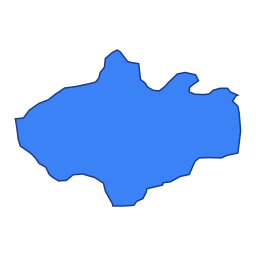 Halmstad, Halland, Sweden
{"feature_id": "70781695B21714207094800", "entity_name": "Halmstad", "entity_type": "district", "adm_level": 2, "iso_a3": "SWE", "parent_name": "Sweden", "parent_adm1": "Halland", "projection": "natural_earth1", "projection_center": [13.027, 56.773], "detail": "fine", "context": "isolated", "style": "filled", "palette": "blue", "viewbox_px": 256, "rotation_deg": 0, "n_neighbors": 0, "source": "geoboundaries", "source_scale": "gbopen_adm2", "svg_char_len": 1109}
<svg xmlns="http://www.w3.org/2000/svg" viewBox="0 0 256 256"><path d="M117.1,50.0L112.4,52.5L105.4,58.4L104.4,67.3L100.2,72.5L98.8,78.1L95.5,82.1L89.5,83.7L75.0,86.7L64.7,88.0L55.8,93.9L48.3,99.8L38.9,103.5L29.5,110.0L23.4,118.0L15.4,118.8L16.9,128.2L18.2,138.9L20.2,145.9L30.8,153.3L35.4,158.0L39.3,163.6L45.9,167.3L49.2,174.4L52.5,177.2L58.5,180.9L66.4,180.4L73.0,174.8L82.3,173.9L94.9,177.6L103.5,183.2L105.4,191.2L112.7,204.3L112.9,206.0L122.6,206.0L133.9,205.3L136.7,201.3L142.8,198.7L146.1,192.4L147.0,188.7L155.5,186.7L162.5,185.1L163.4,182.7L170.4,181.8L180.3,176.4L189.2,174.5L191.1,170.2L194.8,161.6L199.0,157.9L208.8,157.6L221.5,157.9L227.1,155.3L237.9,153.0L240.6,131.1L239.2,113.3L237.8,106.1L232.6,101.2L235.9,95.9L237.7,95.2L230.3,91.9L227.5,88.3L220.0,88.3L213.0,90.3L209.2,93.9L203.6,94.6L194.7,94.2L189.1,91.9L189.6,87.3L193.8,84.0L198.5,80.8L195.6,74.8L185.3,72.5L177.4,73.9L172.3,78.8L168.5,82.4L165.2,86.3L159.2,90.9L153.1,90.3L147.5,87.0L145.1,83.1L140.5,79.4L138.7,63.7L132.1,62.7L127.7,61.7L122.6,55.0L120.4,52.0L117.1,50.0Z" fill="#3b82f6" stroke="#1e3a8a" stroke-width="1.5"/></svg>